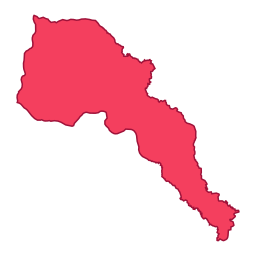 Santuario, Risaralda, Colombia
{"feature_id": "7082276B9908924507903", "entity_name": "Santuario", "entity_type": "district", "adm_level": 2, "iso_a3": "COL", "parent_name": "Colombia", "parent_adm1": "Risaralda", "projection": "mercator", "projection_center": [-75.953, 5.022], "detail": "fine", "context": "isolated", "style": "filled", "palette": "rose", "viewbox_px": 256, "rotation_deg": 0, "n_neighbors": 0, "source": "geoboundaries", "source_scale": "gbopen_adm2", "svg_char_len": 5865}
<svg xmlns="http://www.w3.org/2000/svg" viewBox="0 0 256 256"><path d="M238.5,210.4L236.4,210.4L235.4,210.9L235.1,210.6L235.0,209.1L232.5,208.6L232.9,207.8L232.4,207.3L231.4,207.6L230.8,207.4L230.9,206.7L230.1,206.1L229.8,205.2L228.9,206.0L228.2,205.9L227.6,204.9L227.3,203.5L226.3,203.3L226.4,202.7L227.2,202.4L225.9,200.9L225.6,201.0L224.9,202.2L223.8,202.1L222.9,201.2L222.1,200.9L218.9,201.0L218.5,200.4L218.0,196.8L219.1,195.1L219.1,194.3L218.8,194.0L216.3,193.1L211.8,193.7L211.2,191.9L208.5,192.3L206.3,190.5L206.4,190.1L207.1,189.5L205.9,189.0L205.8,188.7L207.2,188.2L206.9,187.8L205.7,187.5L206.5,186.5L205.8,184.8L206.9,184.3L206.8,183.5L204.8,180.5L202.0,179.2L201.4,178.4L201.5,175.8L200.7,174.5L201.3,172.4L201.2,168.7L200.8,168.2L199.2,168.2L198.4,166.2L197.4,165.5L197.8,163.8L197.1,162.4L195.3,160.3L195.5,160.0L194.7,159.4L193.8,155.4L194.8,154.1L194.9,152.8L194.8,151.4L194.2,150.0L194.5,146.9L193.5,145.8L193.4,143.9L194.5,141.3L194.5,140.5L195.3,139.9L195.4,138.6L196.0,137.9L195.7,136.3L195.8,131.3L194.1,126.3L192.7,125.2L189.8,123.9L187.1,123.2L185.3,121.8L185.0,121.4L185.0,120.2L183.5,118.3L183.2,115.8L181.7,114.3L181.2,112.8L178.5,111.9L176.8,110.8L177.5,109.4L176.6,108.1L175.4,107.8L172.8,109.1L170.4,108.6L169.9,107.7L169.3,105.6L167.8,105.5L166.5,104.5L166.2,102.6L165.5,101.6L165.5,100.5L164.6,100.4L162.7,101.5L161.4,100.7L160.7,100.7L159.2,102.1L158.4,101.3L158.4,100.1L157.2,99.1L155.4,98.7L152.2,97.2L150.8,97.8L147.4,95.5L147.2,94.6L147.6,93.7L146.4,92.5L146.2,91.3L145.4,89.9L145.4,88.3L145.9,88.1L146.6,88.4L146.8,87.6L147.9,86.1L147.9,84.1L148.3,84.5L149.0,84.4L148.5,84.0L148.9,83.4L149.8,83.1L150.2,82.5L150.6,82.4L150.6,81.9L149.7,82.0L149.3,79.4L149.5,78.7L150.5,78.7L151.4,78.1L151.5,76.5L151.0,75.6L151.3,73.9L150.7,73.4L150.8,71.6L151.9,71.6L153.0,70.6L153.0,70.1L154.8,68.7L155.0,68.3L154.3,67.9L154.2,67.0L152.6,63.9L151.0,63.8L150.4,63.3L151.2,62.4L150.8,61.7L151.3,60.8L150.4,60.5L149.9,59.6L149.4,59.7L149.2,60.2L148.0,60.4L147.3,60.2L145.6,60.7L144.5,59.9L143.9,61.3L143.1,61.4L141.5,62.9L140.7,62.3L139.9,62.3L139.7,61.7L138.4,60.7L137.8,59.2L136.8,59.2L135.7,58.3L134.8,58.6L134.0,57.9L133.4,58.3L132.7,58.1L132.3,57.2L130.7,56.3L129.6,54.0L128.8,54.3L127.8,53.7L126.9,54.4L127.1,54.8L128.6,55.0L128.7,55.3L128.7,55.5L127.3,56.3L126.2,56.1L125.3,56.4L123.7,56.1L123.9,54.6L122.9,54.0L121.7,52.3L122.2,51.4L122.0,50.1L122.4,48.8L123.4,47.7L123.2,46.7L121.3,46.4L120.6,45.5L118.7,44.7L117.9,43.8L116.3,43.8L114.9,41.7L114.8,40.0L113.7,37.9L111.1,35.6L110.1,34.1L108.4,33.5L107.9,32.8L107.1,32.9L107.1,32.2L105.9,30.4L104.9,29.9L103.3,28.0L102.5,27.8L101.9,26.9L100.7,26.5L99.4,25.4L98.1,23.3L95.5,20.5L92.0,20.2L89.6,19.5L85.4,18.9L81.5,19.1L79.0,19.9L76.6,20.2L73.2,19.5L70.6,19.4L68.1,20.4L66.4,20.5L62.7,19.6L58.5,21.3L56.3,22.7L54.9,21.8L51.0,22.4L48.6,20.2L48.2,19.3L47.7,19.1L45.8,18.6L43.2,17.3L39.7,18.4L38.7,18.4L37.0,16.6L34.1,15.4L33.6,16.2L33.3,19.1L34.2,22.0L35.6,24.4L35.7,31.4L35.0,33.1L33.0,35.3L32.3,37.8L32.3,39.8L32.9,42.9L32.8,45.9L32.5,46.8L31.2,48.2L30.2,48.5L27.9,50.3L26.2,51.1L24.5,53.4L24.1,60.3L23.5,63.2L23.6,67.1L23.9,69.2L25.3,73.5L25.3,74.3L24.5,75.5L22.8,76.0L21.7,77.3L21.2,79.7L22.3,84.0L22.1,86.8L21.4,88.7L18.6,91.7L18.7,92.7L17.3,94.9L17.1,97.7L17.7,101.0L17.2,102.5L19.5,103.2L21.1,104.3L24.1,107.8L25.9,108.9L27.4,110.2L31.7,115.7L34.6,118.5L37.4,120.1L40.7,120.1L41.6,119.7L43.7,120.7L45.1,121.0L47.5,120.9L49.4,120.6L50.8,121.2L54.3,120.7L58.0,121.1L61.0,122.2L65.7,124.9L72.1,126.2L73.6,125.6L74.4,123.3L78.7,118.6L80.3,116.3L81.5,115.5L83.2,113.4L83.9,113.0L85.4,112.4L86.7,112.3L89.9,113.1L95.3,113.2L98.3,112.7L100.1,111.4L101.8,111.1L103.7,111.3L105.7,112.0L106.3,112.9L107.1,118.1L104.9,120.9L104.9,124.1L106.0,125.8L108.5,128.2L109.5,130.4L111.8,132.4L113.8,133.5L115.2,133.8L117.2,133.7L123.7,131.0L125.7,129.1L131.0,129.4L132.4,129.8L134.2,131.0L135.8,133.2L136.6,135.6L137.2,141.3L138.9,146.9L138.7,149.8L139.6,152.9L140.9,154.8L142.5,156.5L147.6,159.1L148.8,160.3L150.5,160.5L151.7,161.4L152.5,161.2L153.3,161.7L154.8,161.9L156.0,162.9L156.6,162.4L157.4,162.7L158.3,162.5L158.5,163.2L159.3,162.5L159.7,162.7L160.9,164.1L160.4,165.2L161.8,165.9L161.8,166.8L162.3,167.5L161.8,167.9L162.3,168.8L161.8,170.2L161.9,172.7L162.2,173.7L161.9,174.5L162.1,175.1L161.9,176.6L163.6,177.9L164.1,178.7L165.1,179.1L165.0,179.7L165.8,180.8L166.7,181.3L167.7,181.1L169.3,181.6L169.7,182.7L170.8,183.0L173.1,185.5L174.7,185.5L176.0,188.2L178.0,189.1L178.8,190.8L179.7,191.9L181.0,195.8L181.2,197.5L180.1,198.3L180.5,199.2L180.9,199.5L181.6,199.3L181.8,199.7L182.5,199.8L183.7,200.9L185.5,200.0L186.8,200.5L187.2,201.1L187.2,202.6L188.7,203.5L188.5,204.8L188.7,205.4L189.3,205.7L190.1,205.5L190.3,206.3L191.1,206.1L191.6,207.3L192.7,207.6L193.6,207.4L193.6,207.7L193.0,208.3L193.3,209.2L194.5,209.3L194.1,208.5L195.1,208.8L195.6,208.2L196.3,208.1L197.6,208.3L197.6,208.6L198.1,209.0L197.8,209.6L198.5,210.8L199.2,210.5L199.2,211.1L200.5,211.5L200.1,212.3L200.2,212.8L201.8,213.2L201.8,213.6L200.9,213.6L200.7,214.1L201.0,214.6L201.4,214.3L201.7,214.5L201.5,215.0L201.8,215.6L201.4,216.0L201.7,216.6L203.5,218.8L204.4,218.7L205.1,218.1L206.6,218.7L206.7,219.1L207.4,219.7L207.4,220.2L207.9,220.6L208.4,222.0L209.5,223.2L209.5,224.8L210.2,224.3L211.0,224.4L211.3,225.0L212.2,225.3L212.7,225.8L213.2,225.8L215.4,226.7L216.8,226.5L217.3,226.9L217.8,228.0L217.4,229.3L218.1,229.5L217.1,232.5L219.0,233.9L218.0,235.3L218.0,237.3L217.2,237.6L217.0,238.1L217.1,240.4L217.8,240.6L218.6,240.5L219.5,239.2L220.0,239.0L222.7,240.4L223.7,240.6L225.9,239.6L226.9,238.8L227.6,237.6L228.0,235.7L228.4,230.2L230.8,229.7L231.0,226.9L232.9,226.2L233.9,225.2L233.1,222.0L232.3,221.4L230.4,220.8L229.9,219.7L230.2,219.3L231.3,219.5L232.4,219.2L235.1,216.7L235.3,216.0L234.0,214.8L233.9,214.0L234.8,213.2L238.8,212.0L238.9,211.5L238.5,210.4Z" fill="#f43f5e" stroke="#9f1239" stroke-width="1.5"/></svg>